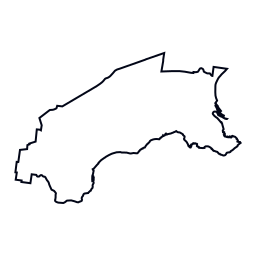 Hobsons Bay, Victoria, Australia (Mercator projection)
{"feature_id": "25037944B90171787297249", "entity_name": "Hobsons Bay", "entity_type": "district", "adm_level": 2, "iso_a3": "AUS", "parent_name": "Australia", "parent_adm1": "Victoria", "projection": "mercator", "projection_center": [144.848, -37.857], "detail": "fine", "context": "isolated", "style": "outline", "palette": "ink", "viewbox_px": 256, "rotation_deg": 0, "n_neighbors": 0, "source": "geoboundaries", "source_scale": "gbopen_adm2", "svg_char_len": 5827}
<svg xmlns="http://www.w3.org/2000/svg" viewBox="0 0 256 256"><path d="M119.7,68.7L117.1,69.5L115.0,70.7L112.9,73.2L110.5,75.8L109.5,76.7L107.9,77.7L105.8,78.4L105.1,78.8L103.3,81.0L102.1,82.2L100.2,83.7L96.7,86.1L62.3,106.4L57.2,105.8L56.5,108.2L55.8,108.7L53.9,109.5L52.7,109.8L49.8,110.0L39.4,118.0L41.7,125.3L40.9,130.3L39.9,129.7L36.8,129.4L35.6,141.6L29.2,143.6L29.0,143.9L29.3,144.4L27.4,145.1L27.1,149.1L20.0,149.9L18.3,162.0L18.0,162.1L16.7,161.9L15.4,172.3L16.8,172.5L15.7,179.7L21.6,180.5L21.4,182.0L30.4,183.2L31.7,174.3L36.3,174.9L37.1,176.3L37.8,176.6L39.1,176.5L39.9,175.8L39.9,175.7L40.9,175.1L41.2,175.1L41.8,175.2L42.4,175.7L42.8,176.2L43.6,176.6L44.7,176.7L45.4,177.3L46.9,180.1L48.2,181.7L48.8,182.9L49.2,184.4L49.9,186.1L51.5,189.6L51.8,189.8L53.6,190.6L54.2,191.0L55.6,192.7L55.9,193.3L55.8,193.9L55.6,194.8L55.6,197.3L55.3,199.5L55.1,199.8L55.1,200.4L55.1,200.8L55.7,201.5L56.5,202.0L58.2,202.6L63.3,203.0L64.6,202.4L65.5,201.8L66.5,200.9L67.1,200.6L71.2,200.4L74.6,201.3L77.1,202.2L78.4,202.3L79.5,201.7L80.6,201.4L81.7,200.8L82.0,199.8L81.7,198.4L81.8,197.6L82.1,197.0L83.0,195.8L83.4,194.6L83.7,194.1L84.2,193.7L84.7,193.5L88.2,193.0L88.3,192.8L88.5,192.5L90.4,190.7L90.7,190.7L91.5,189.0L92.5,187.9L92.7,186.7L92.6,185.3L92.7,184.9L93.6,183.1L93.6,182.3L93.3,181.7L93.2,181.3L93.6,180.4L93.7,179.7L93.6,178.9L93.8,177.7L93.6,177.4L93.4,176.3L93.3,176.2L93.2,176.4L93.5,177.4L93.5,177.8L93.5,178.9L93.3,178.9L93.4,179.4L93.3,180.1L93.1,180.5L93.0,180.3L92.7,180.9L92.3,181.0L92.2,179.5L92.3,176.0L92.5,175.3L92.7,174.9L93.1,173.6L93.3,172.3L93.6,171.0L93.6,170.5L92.9,169.8L92.7,169.2L93.7,168.7L96.9,165.0L98.4,163.5L98.3,163.2L98.5,162.9L99.2,162.1L101.2,160.1L104.6,157.7L104.9,157.6L105.9,156.8L108.9,155.1L111.6,153.8L113.1,153.3L116.6,152.3L120.4,152.1L121.6,152.5L126.6,152.6L129.7,153.4L130.8,153.5L133.6,153.0L136.5,153.3L137.5,153.2L139.0,151.4L139.1,151.1L139.6,150.8L139.9,150.2L140.3,149.8L141.0,149.3L141.3,149.3L142.0,148.7L142.6,148.7L142.7,148.3L142.9,148.2L144.0,147.6L144.7,147.6L145.2,146.9L145.8,145.8L146.4,145.2L146.8,144.4L147.6,143.9L148.4,143.1L148.5,142.8L149.3,142.3L150.0,141.0L150.9,140.3L153.0,139.5L154.3,139.2L156.1,139.0L157.8,139.1L159.2,139.3L159.5,139.2L159.7,138.6L160.7,137.6L161.0,137.5L161.3,137.5L161.6,137.0L162.6,136.4L162.8,136.3L162.7,136.0L163.0,135.7L163.3,135.6L163.3,135.4L163.5,135.5L163.3,136.0L163.6,136.0L164.0,135.5L164.6,135.4L164.7,135.1L165.6,134.8L165.4,134.1L165.5,133.9L166.7,133.0L165.7,134.0L165.9,134.5L166.7,134.6L167.2,134.3L167.5,134.3L167.7,134.1L168.4,134.0L170.8,133.5L172.2,132.9L172.9,132.7L174.0,132.1L174.6,132.0L176.2,131.1L177.5,132.1L178.9,132.4L179.7,132.4L182.6,134.1L183.0,134.5L183.0,134.9L183.2,135.2L184.5,136.3L184.6,136.6L184.4,138.0L184.0,138.8L184.2,139.6L184.8,140.2L186.3,141.6L187.1,142.7L187.4,143.5L187.8,144.0L188.2,145.1L188.3,145.8L188.5,146.0L189.2,145.9L189.3,146.2L189.1,146.6L189.4,146.9L189.7,146.8L190.0,147.4L190.6,147.5L191.2,146.6L191.3,146.1L190.9,145.9L191.0,145.6L190.9,145.1L191.2,144.5L191.6,144.3L192.0,144.4L192.8,144.1L193.0,143.4L193.2,143.2L193.8,143.2L194.4,143.3L194.9,143.7L195.5,143.4L195.7,143.6L196.9,143.8L197.1,144.0L196.9,146.1L197.4,146.5L197.7,146.5L198.0,146.7L198.3,146.6L198.8,146.9L198.8,147.6L199.0,147.8L203.1,148.1L203.7,147.8L204.4,147.9L204.4,147.6L204.6,147.1L204.9,146.8L205.8,146.3L207.5,146.3L208.6,146.5L210.6,147.6L211.0,148.0L211.4,148.7L211.6,148.5L211.8,148.6L212.9,149.9L212.9,150.2L213.6,150.9L214.5,150.9L215.5,151.4L217.3,151.9L217.9,152.6L218.2,152.8L218.5,153.4L219.2,153.9L219.9,153.9L220.2,154.4L220.4,154.6L221.3,154.7L223.3,155.5L224.4,155.4L225.2,155.1L225.5,154.8L226.0,154.2L226.5,153.1L227.0,152.7L227.5,152.7L228.2,152.4L229.3,152.4L230.4,151.9L230.6,151.3L230.9,151.1L231.6,150.6L232.3,150.3L233.9,148.9L234.6,148.2L237.4,146.3L237.5,146.1L237.6,145.4L237.8,145.2L238.5,144.5L240.6,142.9L240.0,142.0L238.2,141.9L237.5,141.6L237.9,141.0L237.9,140.4L237.4,139.9L237.4,139.6L236.6,138.9L236.8,138.5L235.2,136.9L232.7,136.0L232.5,136.5L231.7,136.3L231.4,137.1L231.1,137.5L230.6,137.4L230.8,136.9L229.8,136.4L228.8,137.3L228.6,137.2L227.9,136.8L227.7,137.4L227.8,136.7L227.3,136.6L227.1,137.1L226.0,136.8L225.1,136.0L224.7,136.3L224.3,135.9L224.0,135.1L224.6,135.0L224.6,134.9L224.7,134.4L224.2,134.5L224.2,134.4L224.7,134.3L224.5,133.6L224.2,133.7L224.0,132.9L224.3,132.8L224.2,132.2L223.0,132.2L222.9,131.5L222.8,130.8L222.8,130.4L223.2,129.8L223.5,129.6L223.6,129.1L222.1,123.8L222.1,123.4L221.9,123.3L221.5,122.4L221.2,122.6L220.9,122.4L220.3,121.5L217.3,118.1L215.6,116.9L214.3,115.8L213.0,114.2L212.8,113.7L212.8,113.2L213.2,112.5L213.5,112.0L214.2,111.6L215.2,111.6L216.6,111.8L216.8,112.0L217.1,112.5L217.3,113.1L217.7,113.5L218.1,114.9L218.5,115.3L219.1,115.3L220.4,116.3L221.5,116.6L225.1,118.7L226.6,119.0L226.9,119.0L227.0,118.9L224.9,118.4L220.5,115.9L219.4,115.0L218.6,113.9L217.9,112.0L217.6,110.8L216.6,107.8L215.6,106.1L215.5,105.7L215.8,105.7L217.4,107.2L218.3,110.6L218.9,110.6L219.5,112.0L220.4,113.4L221.2,114.1L223.1,115.3L224.0,115.8L224.7,115.9L223.3,115.3L221.5,114.2L220.3,113.1L220.0,112.6L219.5,111.5L218.5,108.3L219.2,109.0L220.9,111.1L221.0,111.0L218.5,107.8L216.8,105.2L216.1,104.8L216.1,104.5L216.5,104.6L215.9,103.9L215.9,103.3L215.8,103.2L215.4,103.0L217.1,100.6L216.1,98.1L215.5,95.6L215.3,92.2L215.4,86.0L215.5,84.7L215.8,83.6L216.2,82.5L217.8,79.2L218.8,77.5L220.1,76.1L221.6,74.3L225.1,71.0L227.0,68.8L213.6,66.9L212.4,75.9L211.9,75.8L211.2,75.2L210.1,73.7L209.8,73.4L207.5,73.4L206.8,73.2L204.2,71.9L203.8,71.5L203.5,70.1L203.0,69.2L202.6,68.8L201.3,68.2L200.3,68.4L199.8,68.8L198.3,71.2L197.8,71.8L195.9,72.2L193.5,72.0L193.4,73.0L191.0,72.8L184.8,71.7L179.4,71.1L173.0,71.1L161.4,71.5L163.2,61.0L163.2,59.7L164.2,53.0L146.0,59.3L145.2,59.7L119.7,68.7Z" fill="none" stroke="#020617" stroke-width="2"/></svg>